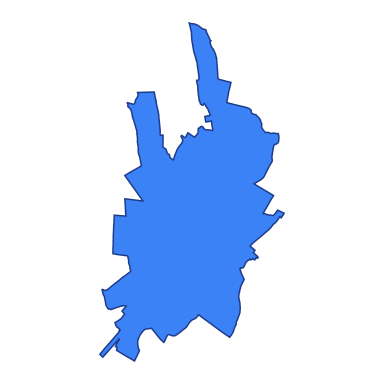 outline of Barlad, Vaslui, Romania
{"feature_id": "2599482B4084623098698", "entity_name": "Barlad", "entity_type": "district", "adm_level": 2, "iso_a3": "ROU", "parent_name": "Romania", "parent_adm1": "Vaslui", "projection": "albers", "projection_center": [27.671, 46.233], "detail": "fine", "context": "isolated", "style": "filled", "palette": "blue", "viewbox_px": 384, "rotation_deg": 0, "n_neighbors": 0, "source": "geoboundaries", "source_scale": "gbopen_adm2", "svg_char_len": 6036}
<svg xmlns="http://www.w3.org/2000/svg" viewBox="0 0 384 384"><path d="M244.2,279.5L243.4,277.8L241.9,274.6L241.3,273.1L240.6,270.8L240.4,270.8L240.2,269.8L239.9,269.0L240.5,267.8L241.8,268.2L242.6,268.0L244.0,266.8L245.4,263.4L246.0,262.3L247.7,260.6L249.4,259.8L249.7,259.1L250.5,259.8L252.4,259.4L253.0,258.6L254.5,259.9L255.9,258.7L255.8,258.2L256.9,257.3L257.8,258.1L258.1,257.8L257.8,256.8L256.9,255.8L253.3,252.6L253.9,252.0L255.0,250.3L250.1,246.1L253.1,242.9L259.5,237.6L266.2,231.9L268.2,230.2L270.8,227.6L273.1,224.6L275.8,222.3L276.3,221.7L278.6,218.7L279.7,216.8L280.9,217.4L281.2,217.8L283.5,214.5L284.1,213.2L277.7,210.1L274.1,214.9L273.4,215.4L273.0,215.5L272.2,215.4L270.6,215.0L269.4,215.2L268.9,215.2L267.6,214.7L264.8,213.7L264.3,213.6L263.7,213.7L263.1,213.4L267.0,206.7L269.5,202.3L273.5,195.6L272.8,195.1L257.0,185.7L254.0,183.8L261.5,179.3L263.5,177.5L264.9,174.9L270.2,164.5L271.5,162.6L272.3,161.0L271.9,156.6L272.2,155.0L272.7,151.4L273.7,145.7L274.5,144.7L276.4,144.0L277.8,143.1L278.6,141.4L278.8,139.3L278.9,136.4L278.6,134.6L278.1,133.5L276.5,133.7L274.0,133.0L271.2,133.4L270.3,133.4L269.4,132.8L268.1,132.4L267.3,132.3L266.0,132.7L265.3,132.2L264.2,131.2L263.4,130.2L262.5,128.9L261.7,127.4L261.5,126.5L261.8,124.7L261.7,123.8L261.1,122.4L260.7,121.0L260.4,120.3L260.0,119.4L259.5,118.6L258.7,117.6L256.8,115.7L256.0,114.8L254.4,114.3L252.9,114.1L252.7,113.9L252.2,113.5L251.6,112.8L251.4,112.2L251.2,111.4L251.2,110.7L251.1,110.2L250.9,109.9L250.4,109.5L249.8,109.1L249.3,108.6L247.8,107.9L244.5,107.0L234.5,104.6L226.8,102.6L228.6,92.3L231.0,82.4L225.5,81.1L222.7,80.3L219.7,79.5L218.4,79.1L218.0,78.6L217.5,70.3L216.7,60.6L216.5,57.5L216.2,57.4L215.8,55.3L215.6,54.6L214.3,51.3L213.6,49.8L212.9,48.7L212.1,47.8L211.4,46.6L211.1,45.9L210.5,44.2L210.2,42.9L210.1,42.0L210.4,41.7L211.0,40.9L210.1,40.1L209.5,38.4L206.5,32.3L206.2,30.3L205.6,29.7L204.8,29.4L203.3,29.1L202.3,28.6L200.2,27.1L198.2,25.5L196.2,24.6L194.3,23.9L191.3,23.7L189.2,23.0L191.4,32.0L191.6,37.1L192.0,41.1L193.7,51.2L197.0,62.5L199.0,77.1L199.0,78.8L198.1,80.1L197.3,80.5L196.7,80.4L196.9,81.1L196.7,81.9L197.8,86.1L197.8,88.2L198.3,93.9L199.2,100.4L199.2,100.9L200.0,101.8L200.4,104.0L202.3,105.3L203.1,105.1L204.2,103.5L204.6,103.8L205.5,105.3L206.2,106.7L208.1,109.4L208.6,111.0L209.6,113.5L210.3,115.3L204.8,116.5L205.7,121.8L206.0,122.0L211.4,121.1L212.5,128.6L212.7,129.6L212.7,130.2L212.4,130.5L207.9,129.8L207.3,129.7L206.5,130.0L205.9,130.0L205.4,129.8L204.7,129.3L203.1,127.3L201.9,126.3L200.4,126.9L199.2,128.1L198.3,128.3L198.0,133.2L194.7,137.1L192.8,136.1L188.0,132.8L187.8,132.8L187.4,133.8L185.5,137.1L185.1,137.3L184.4,137.4L183.7,137.0L183.0,136.3L182.2,135.6L181.7,135.5L181.3,135.8L181.1,136.1L181.1,136.6L181.6,137.6L182.5,139.2L182.7,139.8L182.7,140.7L182.5,141.5L182.1,142.6L181.4,143.6L180.4,144.8L178.4,147.4L177.3,149.3L176.7,150.6L174.5,156.2L173.4,159.8L173.2,159.9L172.8,159.6L171.5,158.7L170.6,157.9L169.8,157.0L169.6,156.6L169.7,155.3L169.5,154.8L169.1,154.4L167.3,153.3L167.1,152.9L167.0,152.1L166.1,149.5L165.9,149.1L165.0,148.5L163.8,147.9L163.5,147.6L163.1,146.6L162.9,145.9L163.0,143.8L163.0,141.5L163.1,139.8L163.0,138.7L163.1,135.5L163.0,135.1L162.6,134.9L160.7,135.4L160.2,134.8L160.1,132.8L160.2,131.8L160.1,129.5L159.5,123.6L159.4,121.9L158.8,117.9L158.9,116.8L158.6,113.9L158.0,110.7L157.3,107.9L156.4,103.9L156.2,101.2L155.5,98.6L154.2,92.0L137.5,92.5L137.6,92.8L138.0,93.7L137.9,96.2L135.6,100.0L134.6,103.8L132.8,104.2L131.7,103.8L128.8,103.0L127.5,102.6L127.2,103.0L128.0,104.4L128.1,104.8L127.8,105.9L127.9,106.5L128.3,107.1L129.4,107.9L129.9,108.4L131.1,110.2L131.3,110.9L131.7,112.2L132.4,116.3L132.8,118.1L133.4,119.4L133.9,121.0L134.4,122.8L135.4,126.1L136.3,129.3L136.8,130.7L137.0,131.6L136.8,132.9L136.9,133.9L137.2,135.5L137.3,136.8L137.6,140.3L137.3,141.3L137.4,142.0L138.3,147.7L138.3,148.7L138.1,149.9L138.5,153.8L139.2,155.6L139.9,157.8L141.4,165.9L132.0,171.2L124.8,175.5L138.6,194.9L143.0,201.0L124.9,198.8L125.8,216.1L114.2,215.2L113.9,225.0L113.7,225.3L113.5,232.2L113.3,234.6L113.3,238.0L113.2,242.7L113.2,244.9L113.0,247.5L113.0,250.2L112.9,253.7L116.5,254.4L124.6,255.5L126.6,255.7L127.4,255.9L127.9,256.2L128.0,256.5L127.9,257.6L128.5,259.6L128.6,260.8L128.6,262.3L128.8,263.4L129.2,264.6L129.8,266.3L129.8,267.4L130.2,269.6L130.8,270.7L130.6,271.4L125.9,275.1L122.6,277.3L119.7,279.8L113.3,284.8L108.4,288.9L107.0,289.8L106.5,290.3L105.2,290.3L104.5,290.4L104.0,290.3L103.2,289.6L102.7,289.4L102.1,289.6L102.6,292.1L103.4,295.0L104.1,295.7L105.1,300.2L106.1,305.6L107.3,307.3L107.4,307.7L108.1,308.9L108.5,309.1L108.9,308.8L109.3,308.9L110.8,309.5L111.5,309.5L113.9,308.4L115.2,308.1L115.5,307.9L119.3,306.7L122.9,305.7L124.0,305.7L126.1,306.1L122.0,311.1L124.6,314.2L123.0,316.0L121.3,318.5L119.3,319.9L115.8,322.2L115.1,322.4L115.2,323.4L115.9,325.3L116.4,326.5L119.8,329.4L120.0,329.8L119.3,330.5L119.8,330.8L116.7,334.7L105.8,347.2L100.0,354.1L99.9,354.4L102.8,357.2L119.0,338.9L119.5,339.4L118.8,340.4L117.1,343.0L115.3,346.5L117.2,347.3L116.5,350.3L125.9,356.0L131.6,359.3L133.4,360.3L134.5,361.0L134.6,360.9L139.5,350.6L138.9,349.3L138.2,347.6L138.0,346.8L137.9,345.3L137.7,343.3L137.7,341.7L138.0,339.8L139.5,336.1L140.0,335.1L141.1,333.5L141.8,332.6L143.4,330.6L145.5,329.1L151.6,328.3L151.9,328.8L154.5,331.9L156.5,334.5L159.8,338.6L161.2,340.1L163.9,342.4L164.5,341.4L165.6,339.2L167.1,335.9L167.8,335.0L168.6,334.7L169.1,334.6L170.0,334.8L170.7,335.2L172.6,335.8L174.0,335.9L175.3,335.6L176.9,334.6L179.4,332.8L183.6,329.4L184.7,328.6L186.5,327.1L188.6,323.7L189.4,322.6L190.9,321.0L192.2,319.9L194.5,318.9L195.9,318.1L197.6,316.2L198.6,314.8L223.2,332.9L229.7,337.3L231.7,334.6L233.1,332.2L233.7,330.4L234.1,328.9L235.1,326.5L236.2,324.4L236.1,323.2L236.4,321.8L237.4,319.8L238.4,317.0L239.9,312.7L240.2,308.0L240.2,306.6L240.0,305.2L239.9,303.0L239.3,299.8L238.7,297.5L239.0,293.6L239.4,292.5L239.7,291.2L239.7,290.2L240.4,288.5L240.3,287.8L240.7,286.9L241.1,285.7L242.4,283.0L244.2,279.5Z" fill="#3b82f6" stroke="#1e3a8a" stroke-width="1.5"/></svg>